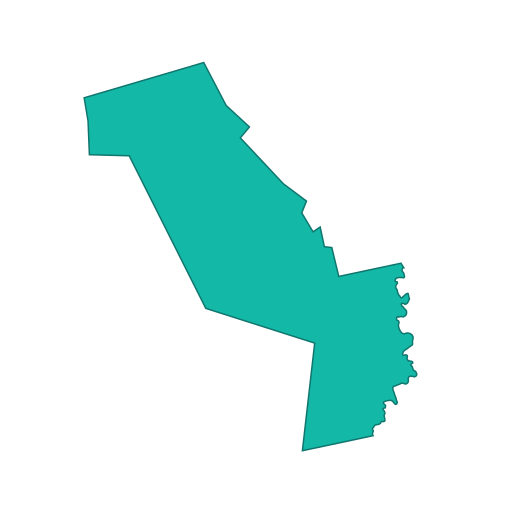 outline of Ulang, Upper Nile, South Sudan, rotated 348°
{"feature_id": "79223893B95619836669451", "entity_name": "Ulang", "entity_type": "district", "adm_level": 2, "iso_a3": "SSD", "parent_name": "South Sudan", "parent_adm1": "Upper Nile", "projection": "albers", "projection_center": [33.135, 8.552], "detail": "fine", "context": "isolated", "style": "filled", "palette": "teal", "viewbox_px": 512, "rotation_deg": 348, "n_neighbors": 0, "source": "geoboundaries", "source_scale": "gbopen_adm2", "svg_char_len": 3348}
<svg xmlns="http://www.w3.org/2000/svg" viewBox="0 0 512 512"><g transform="rotate(348 256 256)"><path d="M333.1,456.1L333.0,455.9L333.0,454.1L333.4,453.1L334.2,451.9L334.4,451.3L334.0,450.4L333.9,449.4L334.4,448.6L335.6,447.8L336.3,446.7L337.4,446.2L338.4,446.1L340.2,446.1L341.5,446.1L342.9,445.5L343.9,444.4L344.5,444.0L345.3,444.0L345.7,444.4L346.6,444.5L347.3,444.4L347.9,443.8L348.1,442.7L348.1,441.7L348.1,439.8L348.1,438.9L348.5,438.1L348.9,437.3L349.5,436.6L349.5,436.0L349.2,434.1L348.4,432.8L348.4,432.0L348.9,431.5L349.9,431.4L350.8,431.4L351.3,430.4L351.6,429.4L351.2,428.2L350.4,427.4L350.2,426.6L350.1,426.0L350.4,425.5L351.3,425.2L352.5,424.9L354.6,424.8L357.1,425.0L358.6,425.6L359.7,426.9L360.6,428.9L361.5,430.1L362.4,430.1L363.0,429.8L363.8,428.6L363.7,427.6L363.4,426.6L363.4,424.6L363.2,422.7L362.8,420.9L362.7,418.7L362.4,417.0L362.1,414.7L362.5,413.5L362.7,412.7L363.9,412.1L365.2,412.0L366.9,411.7L368.2,411.4L370.3,411.2L371.1,410.7L373.0,410.8L374.4,411.7L375.6,412.3L376.8,412.2L377.8,411.8L378.3,411.3L378.9,410.4L379.3,408.8L379.2,407.7L379.9,406.8L380.5,405.9L381.6,405.5L382.5,405.8L384.5,406.4L385.6,407.1L386.8,407.0L387.6,406.7L388.1,406.2L388.7,405.2L388.6,404.0L388.3,402.7L388.0,401.9L387.2,401.3L386.5,400.7L386.0,399.0L385.9,397.9L385.9,396.7L385.5,396.1L384.7,395.1L385.0,394.3L385.8,393.7L387.0,393.4L387.1,392.9L387.1,392.0L386.2,391.3L384.5,390.6L383.2,390.2L382.5,388.6L382.4,387.4L383.2,385.8L383.2,384.7L382.5,384.2L382.1,383.8L381.1,383.8L380.2,383.9L379.4,383.7L379.1,383.1L379.1,382.2L379.3,381.6L380.1,380.4L380.7,379.8L382.2,379.0L383.9,378.4L385.4,377.7L386.6,377.0L387.8,376.6L389.3,375.9L390.6,375.3L390.8,374.7L391.0,373.6L391.4,371.8L391.9,370.6L392.5,369.3L392.8,367.9L392.5,366.3L391.8,365.1L390.5,363.8L389.2,363.2L387.9,362.7L387.0,362.7L386.3,362.7L385.5,363.0L384.9,362.9L384.1,362.6L383.0,362.0L382.2,360.9L381.4,358.9L380.9,356.8L380.8,356.0L380.8,354.7L380.8,353.4L381.5,351.9L382.1,350.8L382.1,349.7L381.7,348.9L380.5,347.9L380.3,347.1L380.6,345.8L381.4,344.9L382.1,344.9L382.6,345.3L382.9,345.5L383.2,345.3L383.6,345.2L385.1,345.4L386.3,345.7L387.7,346.2L389.1,345.7L390.1,345.2L390.6,344.7L391.2,343.8L391.6,342.4L391.7,340.9L391.1,339.6L390.0,338.0L389.6,336.8L388.1,334.8L388.1,333.9L388.2,333.2L388.6,332.9L390.0,332.9L390.7,333.1L391.2,333.7L391.6,334.3L392.1,334.3L393.2,334.0L394.3,333.5L395.4,332.3L396.5,330.7L397.2,329.9L397.0,328.0L397.0,326.7L397.0,325.1L397.0,324.4L396.5,324.1L395.9,324.1L394.3,324.6L393.0,325.5L391.3,326.4L390.1,327.1L389.2,327.0L388.8,326.8L388.5,325.7L388.3,325.0L387.6,324.0L387.4,322.8L387.0,321.3L387.0,319.6L386.9,318.0L386.3,316.6L386.2,315.6L386.4,314.3L387.7,312.9L388.6,312.2L388.7,311.4L388.6,310.5L387.9,310.3L387.0,309.9L387.0,309.1L387.2,308.2L387.8,307.5L389.3,306.8L390.6,306.7L391.8,306.8L393.1,307.1L394.5,307.6L395.6,308.0L396.1,307.9L396.6,307.7L397.0,307.1L397.0,306.0L397.0,305.3L397.0,304.1L396.8,303.1L396.3,302.1L395.8,301.3L395.9,300.4L396.0,299.6L396.5,299.0L397.1,298.5L397.4,297.7L397.6,297.5L397.9,297.7L396.3,293.2L332.7,293.2L331.9,263.5L324.8,261.1L324.8,241.0L316.8,244.2L309.7,223.3L316.8,212.8L297.8,191.1L265.2,137.2L276.4,128.4L258.1,102.6L245.1,55.9L120.8,65.5L119.8,88.9L114.1,122.3L152.8,131.6L196.0,296.8L295.3,353.4L260.9,456.1L333.1,456.1Z" fill="#14b8a6" stroke="#0f766e" stroke-width="1.5"/></g></svg>